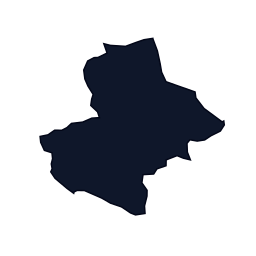 outline of Emmaboda, Kalmar, Sweden, rotated 219°
{"feature_id": "70781695B16590141300701", "entity_name": "Emmaboda", "entity_type": "district", "adm_level": 2, "iso_a3": "SWE", "parent_name": "Sweden", "parent_adm1": "Kalmar", "projection": "robinson", "projection_center": [15.568, 56.666], "detail": "fine", "context": "isolated", "style": "filled", "palette": "ink", "viewbox_px": 256, "rotation_deg": 219, "n_neighbors": 0, "source": "geoboundaries", "source_scale": "gbopen_adm2", "svg_char_len": 1057}
<svg xmlns="http://www.w3.org/2000/svg" viewBox="0 0 256 256"><g transform="rotate(219 128 128)"><path d="M99.7,197.8L117.4,191.5L127.6,187.9L137.0,192.5L143.5,198.2L153.7,206.4L164.7,212.9L165.1,213.3L171.1,206.7L175.6,199.5L181.3,189.9L193.7,181.1L199.8,178.3L191.4,173.1L195.7,163.9L198.6,161.4L201.5,154.7L198.9,145.2L192.4,139.0L185.5,135.4L176.2,132.2L174.4,127.6L171.1,122.1L161.8,121.4L156.7,118.1L162.3,112.9L166.9,104.1L174.8,96.0L175.7,89.8L178.0,84.6L183.6,80.1L185.9,72.3L191.0,66.1L186.8,61.9L178.9,58.0L171.5,60.9L167.3,56.7L165.0,51.8L161.3,48.6L160.4,45.3L153.0,43.0L137.1,42.7L129.1,43.1L129.7,44.4L128.3,47.4L122.5,52.0L104.4,57.0L94.3,58.6L83.5,62.6L72.6,63.6L67.5,65.2L61.0,72.3L66.1,77.8L70.4,87.0L74.0,91.6L82.7,94.1L87.0,101.2L79.1,108.4L79.8,114.5L74.7,122.6L78.3,127.2L72.5,137.4L66.0,139.4L59.9,142.3L59.5,142.5L66.7,146.6L72.5,153.2L72.5,157.8L66.0,161.4L60.9,167.0L58.7,174.1L54.3,183.8L55.1,191.0L58.0,193.7L58.7,192.0L81.2,191.0L94.2,194.1L98.6,198.2L99.7,197.8Z" fill="#0f172a" stroke="#020617" stroke-width="1.5"/></g></svg>